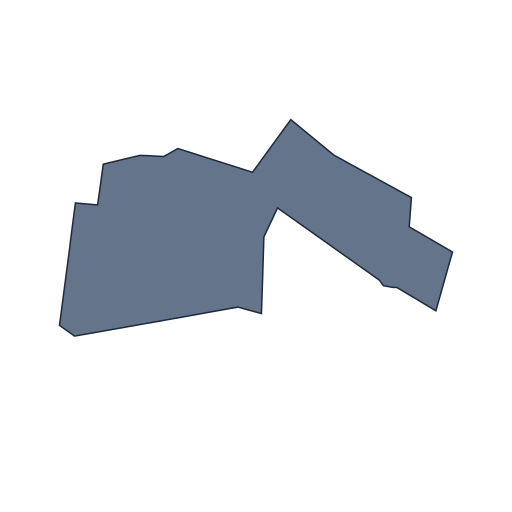 São Pedro do Piauí, Piauí, Brazil, rotated 291°
{"feature_id": "56859067B6189089480157", "entity_name": "São Pedro do Piauí", "entity_type": "district", "adm_level": 2, "iso_a3": "BRA", "parent_name": "Brazil", "parent_adm1": "Piauí", "projection": "robinson", "projection_center": [-42.771, -5.847], "detail": "fine", "context": "isolated", "style": "filled", "palette": "slate", "viewbox_px": 512, "rotation_deg": 291, "n_neighbors": 0, "source": "geoboundaries", "source_scale": "gbopen_adm2", "svg_char_len": 642}
<svg xmlns="http://www.w3.org/2000/svg" viewBox="0 0 512 512"><g transform="rotate(291 256 256)"><path d="M308.3,111.5L299.2,98.2L287.0,80.5L261.4,86.5L246.9,89.8L240.8,68.4L203.5,77.4L197.4,79.0L159.5,88.1L120.8,97.4L116.2,115.3L163.6,194.2L201.8,257.4L204.2,281.7L237.8,270.1L276.7,256.5L308.6,258.9L277.6,380.0L275.8,382.6L273.9,385.6L275.8,395.3L277.1,398.7L269.3,443.6L318.0,439.1L330.1,438.1L331.6,429.1L338.1,388.6L366.2,380.2L373.9,323.2L375.5,311.2L378.2,292.2L395.8,239.6L347.0,226.5L342.3,225.3L332.9,222.7L331.2,193.4L328.3,144.5L315.8,134.2L310.4,117.5L308.3,111.5Z" fill="#64748b" stroke="#1e293b" stroke-width="1.5"/></g></svg>